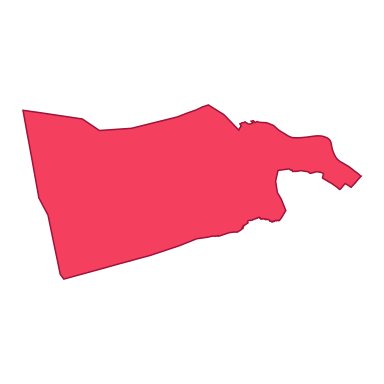 Venray, Limburg, Netherlands (Robinson projection)
{"feature_id": "6326949B92597341568086", "entity_name": "Venray", "entity_type": "district", "adm_level": 2, "iso_a3": "NLD", "parent_name": "Netherlands", "parent_adm1": "Limburg", "projection": "robinson", "projection_center": [6.037, 51.508], "detail": "fine", "context": "isolated", "style": "filled", "palette": "rose", "viewbox_px": 384, "rotation_deg": 0, "n_neighbors": 0, "source": "geoboundaries", "source_scale": "gbopen_adm2", "svg_char_len": 4948}
<svg xmlns="http://www.w3.org/2000/svg" viewBox="0 0 384 384"><path d="M63.8,279.1L108.9,266.7L110.7,266.2L116.4,264.6L123.4,262.7L134.4,259.7L136.5,259.1L151.0,255.2L153.8,254.2L161.5,251.7L167.4,249.7L179.9,245.5L196.9,238.7L197.2,238.7L200.6,238.2L203.7,237.8L207.6,237.2L209.1,236.9L210.6,236.5L210.9,236.4L211.5,236.3L214.3,236.0L214.5,236.2L215.1,236.2L215.6,236.3L216.2,236.2L216.8,236.0L218.0,235.5L218.3,236.2L219.6,235.9L220.4,235.7L228.6,232.9L229.2,232.7L232.1,232.3L233.6,232.1L234.8,232.1L235.5,232.0L237.2,232.2L240.9,230.0L241.3,229.5L241.6,229.2L242.1,228.8L242.8,228.7L243.1,227.7L242.4,227.4L243.9,225.9L243.5,225.6L243.9,225.4L245.5,224.6L245.7,224.4L246.4,224.0L246.5,223.9L247.9,223.0L248.0,222.4L247.9,222.2L247.6,221.9L247.7,221.5L247.8,221.3L247.9,221.2L248.1,220.9L248.3,220.7L248.5,220.6L249.0,220.4L249.3,220.4L249.5,220.4L249.9,220.3L250.0,220.3L250.3,220.5L250.5,220.4L250.9,220.4L251.6,220.2L251.9,220.3L252.1,220.2L252.3,220.0L252.3,219.9L252.7,219.6L253.1,219.7L253.3,219.6L253.5,219.5L253.7,219.4L253.9,219.2L254.3,219.1L254.8,218.9L255.3,218.9L255.9,218.5L256.2,218.5L256.2,218.4L256.4,218.3L256.5,218.4L256.9,218.3L256.9,218.2L257.1,218.1L257.2,217.9L257.3,217.9L257.5,217.9L257.9,217.9L258.1,217.8L258.5,217.4L259.2,217.4L259.3,217.4L259.4,217.5L259.5,217.7L259.8,217.6L259.8,217.8L260.1,218.0L260.1,218.3L260.4,218.4L260.5,218.5L260.7,218.9L260.8,219.0L260.9,218.9L261.0,218.9L261.1,219.0L261.3,218.9L261.5,218.9L261.5,219.0L262.0,219.2L262.3,218.9L262.8,218.7L263.2,218.7L263.4,218.8L263.5,218.9L264.1,218.9L264.2,219.0L264.4,219.2L264.5,219.2L264.8,219.0L265.0,219.1L265.5,219.0L265.8,219.2L265.8,219.3L265.8,219.5L265.7,219.6L265.8,219.7L266.0,219.6L266.3,219.4L266.4,219.5L266.5,219.5L266.8,219.3L267.5,219.4L267.7,219.6L267.9,219.5L268.0,219.5L268.3,219.7L268.5,219.6L268.8,219.7L269.6,220.1L269.6,220.3L269.6,220.7L269.7,220.8L269.8,221.1L270.1,221.2L270.2,221.3L270.3,221.3L270.8,221.2L271.1,221.3L271.4,221.5L271.8,221.6L271.8,221.8L271.9,222.0L272.0,222.0L272.4,221.7L272.4,221.8L272.5,221.9L272.8,221.8L273.0,221.8L273.2,221.6L273.4,221.5L273.5,221.5L273.6,221.4L273.8,221.2L274.0,221.3L274.2,221.2L274.3,221.2L274.4,221.3L274.5,221.3L274.7,220.9L274.8,220.7L275.2,220.6L275.7,220.5L276.1,220.5L276.3,220.5L276.5,220.7L276.5,220.8L276.8,220.8L277.0,220.7L277.3,220.3L277.5,220.3L278.2,220.4L278.6,220.7L279.0,220.7L279.3,220.6L279.5,220.6L279.8,220.9L279.5,220.2L281.4,217.9L285.8,210.6L281.3,199.2L277.4,192.6L275.6,181.2L278.0,170.5L284.7,169.5L289.2,168.9L289.5,169.2L289.9,169.6L290.1,169.8L290.6,169.9L291.1,170.2L291.3,170.1L291.8,169.9L292.0,170.5L292.3,170.8L292.4,171.1L292.7,171.5L295.3,171.4L297.3,171.3L300.8,170.6L308.1,171.8L309.5,172.9L309.9,173.2L310.2,173.4L311.4,173.1L313.2,172.7L314.7,172.2L315.6,171.9L316.2,171.8L318.2,171.9L319.3,172.1L320.4,172.3L322.6,173.0L323.0,173.2L323.2,173.4L323.4,173.6L323.5,173.7L322.6,177.2L322.5,177.6L322.5,178.1L325.9,180.1L328.4,181.6L331.4,183.3L333.9,185.0L337.0,187.2L339.6,189.5L340.3,189.2L341.2,188.2L342.9,186.1L343.7,185.2L345.1,183.6L345.3,183.7L347.8,185.1L351.0,187.3L350.8,187.7L354.0,184.2L354.7,183.5L354.8,183.4L354.7,183.4L357.8,179.8L361.0,176.3L360.9,176.3L359.7,175.1L358.2,173.8L355.7,171.8L354.3,170.9L352.4,169.3L349.9,167.4L348.2,166.2L342.4,162.8L341.2,162.2L339.9,161.4L339.4,161.0L339.1,160.8L338.4,160.2L337.1,159.0L336.1,157.7L335.2,156.2L334.9,155.6L334.0,153.7L333.5,152.5L332.9,151.1L332.3,149.0L332.1,148.3L331.5,145.2L331.3,144.1L330.9,142.4L330.6,141.5L330.5,141.4L330.0,140.4L329.6,139.8L329.5,139.7L328.8,139.1L328.4,138.7L328.0,138.4L327.4,138.0L326.2,137.5L325.4,137.1L324.4,136.8L322.9,136.3L321.2,136.0L318.2,135.8L316.4,135.9L315.2,136.0L314.1,136.1L311.1,136.5L308.6,136.9L305.9,137.2L303.4,137.4L302.8,137.5L301.7,137.6L299.0,137.8L298.7,137.8L298.3,137.8L293.6,137.7L292.7,137.6L292.1,137.5L291.3,137.3L289.9,136.7L289.1,136.4L288.1,135.9L284.6,133.7L281.5,131.9L280.6,131.3L279.5,130.6L278.1,129.6L275.0,126.8L273.2,125.3L272.8,125.1L270.7,124.3L269.2,123.7L266.6,122.7L260.7,122.4L259.7,122.3L259.2,122.2L258.6,122.1L258.0,121.9L257.8,121.8L257.6,121.7L257.2,121.5L255.7,122.3L255.3,122.6L254.4,121.7L253.3,120.7L251.2,121.2L251.4,121.4L252.0,122.0L253.0,122.9L250.8,123.8L250.6,123.9L249.2,124.1L248.3,124.0L248.1,123.9L247.9,123.7L246.8,123.0L246.1,122.6L245.3,122.1L245.1,121.9L244.6,122.1L243.6,122.6L241.9,122.8L241.4,123.3L240.0,123.7L239.9,123.8L240.6,124.9L240.7,125.3L240.9,125.6L241.1,125.7L240.9,126.0L240.7,126.3L240.7,126.5L240.9,126.7L240.9,126.8L240.5,127.2L240.4,127.3L239.5,128.4L238.8,130.1L226.5,117.3L223.8,114.6L208.3,104.9L207.1,105.4L202.2,107.0L196.2,109.9L188.2,112.7L177.1,117.0L150.4,123.6L131.5,128.3L99.4,130.5L82.4,119.0L47.6,113.8L39.5,112.6L23.0,110.3L27.2,133.6L27.7,136.1L32.1,160.1L33.3,166.8L33.5,168.0L38.9,198.0L48.0,215.1L54.9,248.5L57.8,262.4L60.2,274.1L60.3,274.4L60.6,274.8L63.0,278.0L63.8,279.1Z" fill="#f43f5e" stroke="#9f1239" stroke-width="1.5"/></svg>